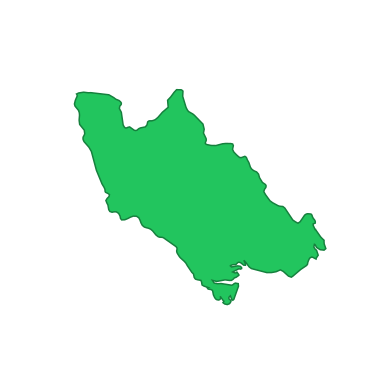 map outline of Sud-Ouest (Albers equal-area conic projection), rotated 294°
{"feature_id": "CMR-799", "entity_name": "Sud-Ouest", "entity_type": "Province", "adm_level": 1, "iso_a3": "CMR", "parent_name": "Cameroon", "parent_adm1": "", "projection": "albers", "projection_center": [9.217, 5.228], "detail": "fine", "context": "isolated", "style": "filled", "palette": "green", "viewbox_px": 384, "rotation_deg": 294, "n_neighbors": 0, "source": "natural_earth", "source_scale": "10m", "svg_char_len": 4092}
<svg xmlns="http://www.w3.org/2000/svg" viewBox="0 0 384 384"><g transform="rotate(294 192 192)"><path d="M229.2,48.1L233.1,48.1L234.5,47.0L234.6,46.7L236.3,48.1L239.1,52.4L240.5,57.0L241.6,59.2L247.0,76.5L246.4,82.2L245.8,84.6L245.9,88.2L245.3,90.1L244.5,91.3L243.3,91.7L242.1,91.5L241.1,91.1L238.7,91.7L236.1,95.0L225.3,101.8L223.9,103.6L223.4,105.0L223.7,105.8L223.9,106.0L224.0,106.3L225.0,107.1L226.1,108.6L224.9,114.2L225.3,115.7L226.2,116.7L227.4,117.2L228.6,117.9L229.8,119.1L232.5,122.9L235.1,123.6L238.0,123.0L239.1,123.5L239.7,124.2L240.6,126.2L241.6,127.5L243.0,128.9L246.2,130.5L252.8,132.5L259.7,135.8L265.9,132.4L270.2,133.9L275.7,135.1L279.2,136.3L281.0,140.6L280.9,141.5L280.5,142.7L275.6,144.6L266.9,152.1L265.1,154.3L264.1,156.1L263.6,161.0L263.1,162.9L258.5,174.4L254.3,177.6L250.5,178.5L246.6,183.1L245.3,183.9L244.0,184.1L242.8,184.1L241.9,184.3L241.4,185.3L241.4,186.4L242.3,190.5L244.2,195.0L248.4,200.2L249.9,202.8L252.0,207.6L252.4,209.6L251.2,210.9L247.4,211.7L245.5,214.0L244.1,217.4L243.2,220.2L242.9,221.7L243.6,223.2L246.1,225.8L245.9,227.1L245.2,228.2L244.0,229.3L242.0,232.0L238.4,235.3L237.3,237.0L236.8,238.8L236.6,240.0L236.6,242.9L235.4,245.5L232.5,247.9L229.4,252.4L228.7,256.1L227.9,257.1L226.8,257.5L225.9,257.6L224.5,257.2L221.9,257.3L221.1,258.0L219.3,260.5L215.7,266.8L215.0,269.9L214.5,276.2L214.7,277.9L215.7,280.9L215.1,283.3L207.4,295.5L206.8,298.7L206.6,301.5L208.9,302.9L216.7,304.3L218.3,305.3L219.2,306.5L220.1,309.1L220.2,310.2L219.5,311.1L218.1,312.4L217.3,313.5L216.1,315.7L215.2,316.6L214.4,317.0L213.6,317.2L212.2,315.7L210.9,316.2L207.8,319.7L208.1,320.1L207.7,320.5L203.3,327.8L202.2,330.5L201.9,331.6L201.7,332.1L201.4,332.4L200.3,332.8L198.3,333.9L194.7,337.3L192.6,336.3L191.4,332.5L192.0,328.4L194.0,325.8L194.0,325.1L191.3,325.7L190.0,327.5L189.4,329.5L185.6,333.0L182.3,332.4L181.2,332.6L181.3,330.6L181.5,329.0L181.2,327.7L179.6,326.5L178.3,326.3L176.3,326.3L174.3,326.5L173.2,326.9L171.5,326.6L165.6,322.9L156.0,318.3L154.6,317.4L154.4,314.3L156.6,307.6L156.8,304.4L153.4,301.3L150.8,297.5L148.8,293.2L146.2,277.4L146.8,274.7L149.6,269.7L150.7,267.1L148.3,269.8L146.8,270.6L146.2,269.0L146.5,267.7L146.9,266.3L147.2,264.9L146.9,263.3L146.1,262.5L143.6,261.6L142.8,259.8L141.9,258.5L140.9,257.5L140.1,257.1L139.6,258.6L143.1,263.8L143.8,266.3L143.2,268.0L142.2,268.5L141.3,267.7L140.9,266.0L135.5,261.7L135.5,263.2L135.6,264.3L136.1,265.2L137.1,265.6L135.6,268.3L135.1,268.7L134.4,268.4L132.2,267.1L131.7,266.7L130.9,265.7L129.1,265.1L127.3,264.0L126.4,262.1L125.2,258.0L120.3,250.9L119.6,246.5L117.8,249.3L118.5,252.5L120.2,255.8L123.0,266.2L124.0,267.1L125.3,267.7L126.4,268.6L127.1,271.5L124.8,272.8L110.9,273.9L109.7,273.3L110.2,271.9L111.6,270.4L112.8,269.3L111.5,268.7L110.2,268.7L109.4,269.3L108.7,271.7L107.8,272.1L106.5,272.0L105.2,271.7L103.5,270.0L103.0,267.3L103.5,265.3L105.2,265.6L105.8,264.1L108.2,260.2L106.7,261.3L105.3,261.3L104.2,260.4L103.7,258.6L103.9,257.1L104.8,255.6L106.7,253.4L109.9,251.2L110.5,250.3L110.6,248.9L110.2,247.6L109.9,246.2L110.6,244.9L111.3,245.7L110.9,241.3L111.1,239.1L112.4,238.1L112.9,237.9L113.0,237.9L114.9,236.1L114.5,234.5L114.1,232.9L113.8,230.6L114.8,228.8L117.8,226.6L118.5,224.6L122.8,217.7L124.5,215.4L125.5,213.2L127.1,208.3L127.8,206.8L130.0,203.5L131.1,202.4L132.3,201.8L133.6,201.6L134.8,201.0L135.6,199.6L138.6,184.5L138.5,183.3L137.5,180.6L137.4,179.2L138.1,176.5L140.5,171.8L141.2,169.3L141.2,166.9L140.8,164.8L140.6,162.6L141.3,160.2L143.0,158.0L145.1,156.0L146.8,153.9L147.3,151.2L146.1,148.2L144.0,146.0L141.6,144.1L139.3,141.9L137.9,139.1L138.7,137.5L140.7,136.1L142.6,133.7L143.1,130.9L142.2,128.9L141.0,127.2L140.8,124.9L142.0,123.1L145.9,120.5L147.4,118.6L149.2,116.8L151.6,117.1L154.0,118.0L156.0,117.7L156.4,116.3L156.6,113.1L157.2,112.4L159.0,111.4L160.4,109.9L162.8,106.5L173.0,95.8L188.1,83.6L191.0,79.6L194.1,72.9L195.6,71.2L197.1,70.4L198.4,70.2L199.8,70.4L201.6,70.3L204.7,68.4L208.0,61.9L211.3,59.9L211.9,59.6L216.4,58.0L218.6,56.8L220.4,55.1L222.9,50.2L224.6,48.8L227.9,48.2L229.2,48.1Z" fill="#22c55e" stroke="#15803d" stroke-width="1.5"/></g></svg>